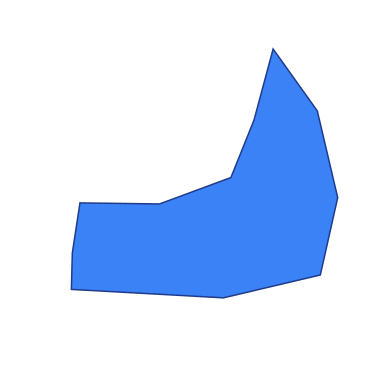 an SVG outline of Gamprin, rotated 254°
{"feature_id": "LIE-4897", "entity_name": "Gamprin", "entity_type": "state/province", "adm_level": 1, "iso_a3": "LIE", "parent_name": "Liechtenstein", "parent_adm1": "", "projection": "mercator", "projection_center": [9.505, 47.21], "detail": "fine", "context": "isolated", "style": "filled", "palette": "blue", "viewbox_px": 384, "rotation_deg": 254, "n_neighbors": 0, "source": "natural_earth", "source_scale": "10m", "svg_char_len": 309}
<svg xmlns="http://www.w3.org/2000/svg" viewBox="0 0 384 384"><g transform="rotate(254 192 192)"><path d="M76.9,292.5L81.6,193.0L131.6,49.2L166.5,60.2L212.4,81.3L189.5,157.4L195.2,233.4L244.0,271.4L307.1,309.4L235.4,334.8L146.4,330.5L76.9,292.5Z" fill="#3b82f6" stroke="#1e3a8a" stroke-width="1.5"/></g></svg>